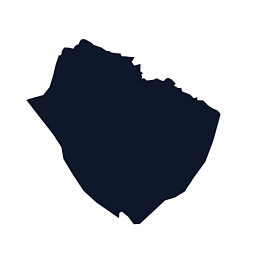 the district of Sanniquellie Mahn, Nimba, Liberia, rotated 78°
{"feature_id": "62588387B26498986950089", "entity_name": "Sanniquellie Mahn", "entity_type": "district", "adm_level": 2, "iso_a3": "LBR", "parent_name": "Liberia", "parent_adm1": "Nimba", "projection": "mercator", "projection_center": [-8.749, 7.383], "detail": "fine", "context": "isolated", "style": "filled", "palette": "ink", "viewbox_px": 256, "rotation_deg": 78, "n_neighbors": 0, "source": "geoboundaries", "source_scale": "gbopen_adm2", "svg_char_len": 1518}
<svg xmlns="http://www.w3.org/2000/svg" viewBox="0 0 256 256"><g transform="rotate(78 128 128)"><path d="M81.2,219.9L100.5,210.6L103.9,208.9L115.1,203.5L119.0,201.6L132.7,196.4L143.6,196.8L144.9,196.8L155.7,193.1L159.2,191.9L161.1,191.2L169.9,187.8L170.9,187.4L179.9,183.8L184.6,180.5L185.2,180.0L192.5,174.8L193.9,173.8L203.9,164.3L210.7,158.0L212.8,155.9L208.5,154.7L207.6,151.1L214.4,145.6L222.6,141.9L223.5,136.5L214.8,122.0L207.7,110.2L205.8,107.1L204.9,96.6L201.3,86.1L196.9,81.7L192.6,77.3L191.7,76.5L189.4,74.2L176.7,60.0L168.5,54.7L158.1,48.1L150.9,44.3L133.9,35.5L132.7,35.8L129.9,37.5L127.1,41.4L122.9,45.7L117.4,49.1L116.4,52.5L116.3,55.1L113.2,54.8L113.2,58.2L111.2,59.2L108.8,60.9L106.6,64.0L104.0,68.2L100.4,68.3L100.1,70.9L98.2,72.9L96.5,75.7L94.2,73.1L90.3,75.7L88.0,78.5L88.4,80.5L90.1,82.3L89.7,85.2L86.0,90.0L86.9,92.8L86.8,93.6L86.1,100.4L83.4,102.3L83.9,106.1L83.0,106.3L82.8,105.2L80.3,104.2L78.2,105.0L77.3,103.1L73.6,106.5L73.8,104.6L68.7,103.4L69.0,107.5L69.0,109.6L64.8,111.1L63.3,112.9L63.1,110.7L60.4,108.2L59.5,112.1L57.8,116.5L57.4,119.6L54.1,120.6L52.8,125.4L51.9,127.5L51.1,129.6L49.5,130.7L49.1,133.1L44.4,137.7L40.0,145.2L37.9,146.3L35.6,148.7L32.5,152.7L32.5,155.4L35.4,157.9L36.7,157.9L36.7,160.4L37.5,162.5L38.6,163.3L40.0,165.0L38.4,168.1L37.4,170.9L37.3,171.3L36.9,173.6L39.4,176.0L42.8,177.3L44.0,180.0L43.5,180.3L51.9,185.2L60.1,189.0L66.0,192.2L72.2,195.6L78.9,203.8L79.4,212.8L79.9,219.9L80.0,220.5L81.2,219.9Z" fill="#0f172a" stroke="#020617" stroke-width="1.5"/></g></svg>